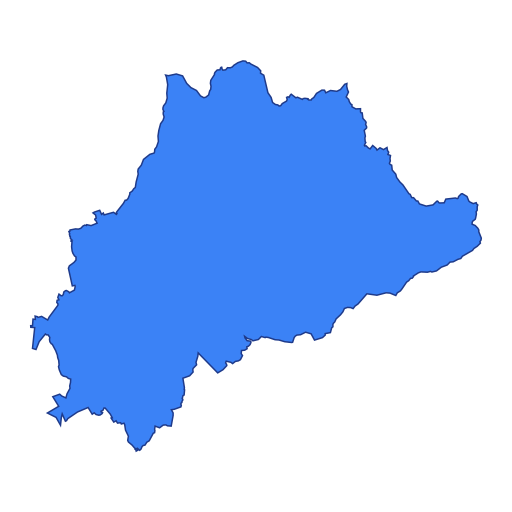 Dobresti, Bihor, Romania (orthographic projection)
{"feature_id": "2599482B7847015753026", "entity_name": "Dobresti", "entity_type": "district", "adm_level": 2, "iso_a3": "ROU", "parent_name": "Romania", "parent_adm1": "Bihor", "projection": "orthographic", "projection_center": [22.295, 46.866], "detail": "fine", "context": "isolated", "style": "filled", "palette": "blue", "viewbox_px": 512, "rotation_deg": 0, "n_neighbors": 0, "source": "geoboundaries", "source_scale": "gbopen_adm2", "svg_char_len": 5941}
<svg xmlns="http://www.w3.org/2000/svg" viewBox="0 0 512 512"><path d="M325.2,335.1L325.2,333.6L330.4,332.6L331.7,327.8L332.9,326.8L332.9,324.4L333.4,323.3L334.7,322.0L336.1,318.9L340.5,314.8L342.9,311.8L344.4,308.5L347.5,307.4L350.7,307.6L353.1,308.6L355.1,306.0L358.0,304.0L366.9,293.8L376.9,295.2L386.1,292.8L390.0,293.1L395.8,295.5L397.3,292.8L400.4,290.9L401.9,289.0L406.6,282.1L408.7,280.7L410.5,278.4L412.2,278.2L413.5,276.6L413.4,276.0L418.4,272.8L420.9,271.9L427.5,272.2L430.4,271.4L431.9,272.0L436.5,270.9L441.3,267.2L447.2,265.0L450.0,262.1L453.2,261.8L458.0,259.3L460.8,258.5L462.4,256.2L472.5,250.4L473.9,248.5L477.2,246.3L480.4,243.1L479.9,241.7L481.0,240.1L481.3,238.1L478.8,231.8L478.8,230.0L477.8,228.2L475.2,225.5L472.1,224.2L472.2,222.2L472.7,221.2L475.2,219.3L475.6,218.1L476.4,214.0L476.1,211.8L477.2,210.2L477.2,206.7L477.8,205.0L476.7,204.1L476.2,202.7L473.2,203.6L469.9,202.0L468.8,201.0L467.0,196.5L462.3,193.7L461.2,193.9L458.6,196.5L458.1,198.2L457.3,198.6L455.4,198.0L445.8,199.1L444.2,202.8L439.8,203.0L439.0,202.8L437.6,201.1L436.8,201.2L433.0,204.9L426.2,206.1L419.4,203.9L417.8,201.0L416.4,201.0L413.6,197.7L411.7,197.6L410.2,194.4L408.9,193.7L402.9,184.9L399.9,182.0L396.6,177.5L395.8,174.2L392.2,170.0L391.7,165.2L390.1,164.4L389.4,163.3L390.3,161.0L390.0,158.6L390.5,155.5L387.9,154.5L388.7,152.2L387.5,150.5L387.0,147.5L383.5,149.6L380.0,147.8L377.0,150.1L376.1,148.4L372.7,145.5L370.1,148.9L368.4,148.0L366.1,145.8L364.8,146.0L364.4,145.2L365.8,142.4L365.2,141.7L364.9,137.9L365.4,136.2L364.2,130.3L366.5,128.1L366.7,127.0L365.6,124.4L366.1,122.6L365.7,121.5L362.9,118.4L362.2,112.9L360.9,112.7L360.5,111.9L360.5,108.7L355.8,108.9L352.0,106.8L351.9,104.6L350.8,104.1L349.3,101.7L348.7,99.5L346.2,97.0L348.5,92.0L347.5,89.8L346.7,86.2L346.9,83.5L344.7,84.3L340.5,89.5L336.9,91.3L330.5,90.5L325.8,92.8L324.5,90.2L321.9,90.1L316.5,93.4L313.8,97.5L311.8,98.9L311.2,100.0L308.9,100.0L307.8,99.3L308.0,98.7L304.9,98.3L303.1,98.6L302.4,99.4L297.4,97.2L295.9,97.8L291.2,94.2L290.2,95.2L289.1,97.4L288.0,96.8L286.6,97.4L287.2,99.5L286.5,101.1L282.2,103.6L280.7,105.7L279.1,106.0L277.8,104.9L275.4,104.5L272.6,102.5L271.1,97.4L267.9,92.7L263.8,75.2L260.5,73.2L260.7,70.8L257.6,67.5L250.6,63.9L249.4,62.8L247.1,62.9L245.7,61.2L242.9,60.9L237.9,62.7L233.8,65.3L232.4,66.9L230.3,67.8L227.5,67.7L225.7,69.8L222.9,70.2L221.8,68.4L221.8,67.3L221.3,67.2L220.5,68.0L220.0,69.8L217.2,70.0L215.1,72.2L214.5,73.4L214.5,74.5L210.8,80.3L210.4,83.3L211.0,86.3L210.7,89.4L209.7,90.8L208.6,95.0L205.8,97.2L203.8,97.7L200.5,95.9L196.5,90.5L190.9,87.6L186.7,83.4L182.6,75.9L176.3,74.0L168.4,75.7L165.6,75.1L166.4,77.0L167.7,84.7L166.8,93.2L167.2,98.1L165.8,102.9L163.6,105.8L163.0,107.7L162.9,109.3L163.9,111.5L163.3,111.9L163.2,114.0L164.1,117.0L163.0,120.4L160.6,123.7L158.8,130.5L158.0,136.0L158.4,141.5L156.5,147.0L154.8,149.2L154.5,152.2L154.0,153.1L149.9,154.3L143.5,159.4L141.3,165.2L138.2,169.0L137.8,171.3L138.2,174.2L136.2,181.8L135.3,187.5L133.8,188.7L132.2,191.1L129.8,192.8L129.8,194.2L128.1,198.5L126.5,200.2L125.2,200.2L123.4,203.4L116.8,211.8L116.4,212.6L117.0,213.6L116.4,214.4L113.5,212.3L104.1,214.9L103.3,213.0L101.6,214.4L99.7,210.3L94.3,212.1L93.0,212.9L95.6,215.0L96.2,218.1L95.0,218.8L94.8,219.7L96.0,220.8L97.1,223.2L91.1,225.6L86.7,224.7L86.4,225.5L84.8,225.1L83.0,226.0L80.8,228.3L78.4,229.1L75.5,228.9L70.0,230.0L69.8,231.3L68.9,231.5L69.7,233.6L69.4,234.1L69.9,236.4L70.3,236.5L70.4,238.4L71.9,240.0L71.2,240.1L71.0,241.2L72.0,241.6L71.6,246.7L72.1,250.9L72.9,253.3L74.5,255.9L76.0,257.0L76.0,260.0L74.0,262.4L69.4,265.8L68.4,268.2L72.3,285.9L74.9,285.4L75.2,286.6L74.4,290.1L69.4,292.8L68.8,291.8L66.4,290.5L65.4,290.7L63.8,292.0L63.3,294.5L62.3,295.7L61.0,295.7L59.0,294.1L57.8,297.4L58.9,299.8L57.1,300.3L56.8,302.5L58.0,304.0L57.8,305.4L49.2,317.0L47.7,320.0L41.6,316.4L38.0,317.4L37.4,316.7L35.1,316.1L35.4,319.4L33.0,319.1L32.5,325.7L30.7,325.7L30.8,327.3L34.7,327.6L32.5,348.4L36.0,349.5L39.2,341.6L45.4,334.0L46.3,334.8L48.1,334.9L49.8,337.4L49.5,339.6L49.9,341.8L51.3,343.8L52.3,344.3L55.7,350.7L57.4,355.2L57.7,357.6L58.7,360.5L59.1,365.0L58.5,366.6L59.3,369.9L61.3,374.6L63.3,376.1L66.5,376.8L68.3,378.4L70.7,379.1L70.5,382.5L69.7,386.0L70.0,388.3L67.0,393.9L65.9,397.9L61.7,396.0L59.7,394.2L52.8,396.7L58.7,406.3L47.4,413.0L56.1,417.4L60.5,425.2L61.3,417.8L62.2,413.9L65.4,421.2L66.5,420.7L67.8,418.6L77.5,412.0L88.1,407.5L92.2,414.2L94.2,412.8L96.0,414.5L98.7,415.2L100.1,415.0L102.0,413.7L102.6,412.7L101.0,411.8L101.1,411.1L102.9,410.4L104.0,408.0L105.2,408.1L110.2,414.0L112.3,417.8L111.1,418.1L113.8,422.1L116.1,420.8L117.5,423.1L120.6,422.7L121.3,424.0L124.0,423.2L124.7,424.6L125.5,430.1L128.4,436.2L127.7,440.4L128.4,442.0L132.1,445.1L134.9,448.4L135.6,448.5L135.1,449.3L136.0,450.0L136.2,451.1L137.8,450.2L137.1,448.6L137.4,448.3L139.7,450.3L141.0,449.1L142.1,446.5L143.2,445.5L145.0,445.1L146.8,442.2L149.2,440.8L153.3,433.2L154.6,432.7L154.9,430.6L154.6,429.2L155.1,426.1L159.6,427.8L163.2,425.1L165.9,424.9L167.4,425.8L171.2,426.1L173.1,415.5L173.1,412.9L171.4,409.7L174.2,409.3L180.9,406.9L181.3,405.3L180.9,404.3L181.0,403.2L181.9,402.5L182.0,401.3L182.7,400.3L182.8,399.3L182.2,398.7L183.0,395.6L184.1,395.0L184.6,389.8L184.2,389.5L184.4,387.6L182.9,378.2L189.6,375.8L193.1,372.0L192.8,369.8L193.1,368.4L196.6,364.8L196.0,362.3L197.8,356.3L198.2,352.9L217.7,372.9L223.0,369.7L226.8,365.6L226.6,364.4L225.6,362.9L226.2,361.2L230.9,362.3L232.6,363.6L235.4,361.4L238.3,360.9L240.4,359.7L242.5,355.6L241.2,353.6L241.5,350.5L244.7,350.2L247.1,348.7L246.8,346.8L248.4,346.2L250.0,344.7L250.9,342.6L250.9,341.7L250.3,341.1L247.1,340.7L245.0,337.9L244.6,336.3L247.4,338.4L251.4,339.6L252.9,340.8L258.4,339.5L261.4,336.5L265.2,337.6L265.9,337.1L268.4,337.5L275.0,339.7L279.0,340.0L284.7,341.7L291.7,342.5L292.6,342.3L294.2,337.5L295.4,336.0L296.9,335.1L300.6,334.7L305.6,332.2L311.1,333.8L314.5,340.1L322.5,337.6L325.2,335.1Z" fill="#3b82f6" stroke="#1e3a8a" stroke-width="1.5"/></svg>